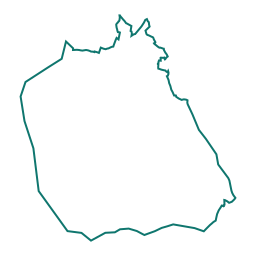 Ilorin West, Kwara, Nigeria
{"feature_id": "59680162B83241100924072", "entity_name": "Ilorin West", "entity_type": "district", "adm_level": 2, "iso_a3": "NGA", "parent_name": "Nigeria", "parent_adm1": "Kwara", "projection": "equal_earth", "projection_center": [4.537, 8.465], "detail": "fine", "context": "isolated", "style": "outline", "palette": "teal", "viewbox_px": 256, "rotation_deg": 0, "n_neighbors": 0, "source": "geoboundaries", "source_scale": "gbopen_adm2", "svg_char_len": 2722}
<svg xmlns="http://www.w3.org/2000/svg" viewBox="0 0 256 256"><path d="M146.9,19.1L145.3,19.9L143.9,22.7L141.5,26.4L135.2,34.0L133.6,34.4L131.5,35.8L131.9,33.8L131.5,31.5L130.6,31.0L131.4,26.0L126.7,23.4L126.1,23.2L124.6,21.1L123.7,20.1L123.1,19.5L121.9,18.0L120.5,16.4L119.9,15.4L119.5,15.4L119.8,17.5L119.6,19.0L119.4,20.5L118.9,21.3L118.5,21.4L118.0,22.3L117.4,23.0L116.9,23.4L116.6,23.8L116.2,24.7L116.6,27.6L117.2,29.6L117.4,30.8L117.9,32.1L119.0,32.2L119.9,32.5L118.5,39.4L116.6,37.9L115.7,39.9L114.8,42.3L113.8,45.0L113.3,46.6L112.5,46.7L111.6,46.9L109.9,47.7L108.5,48.4L107.2,48.6L105.7,49.2L103.5,48.7L100.8,47.6L98.9,52.9L96.8,52.1L94.6,51.5L94.4,52.1L93.0,51.7L91.7,51.6L91.1,51.6L89.9,51.0L88.2,50.4L86.8,50.1L86.0,50.0L82.4,50.6L80.4,50.3L79.1,50.0L76.9,49.8L73.0,50.0L73.1,48.3L66.0,41.5L61.7,58.8L48.2,67.3L25.5,82.0L20.6,96.5L24.5,121.1L33.4,148.3L38.7,191.1L67.5,231.1L81.5,232.9L91.0,240.6L105.3,232.8L114.9,232.3L120.0,229.3L128.7,228.6L136.8,231.0L144.3,235.0L154.8,231.2L161.7,227.9L167.6,226.2L173.2,224.4L194.6,228.1L203.8,231.3L206.5,228.5L208.0,227.0L210.0,225.0L212.0,223.3L213.2,222.2L213.5,222.0L213.9,221.7L215.7,220.6L216.3,217.7L217.1,214.1L218.7,210.4L221.1,206.7L221.7,205.6L222.4,205.8L223.6,206.3L223.9,206.1L223.8,205.0L224.5,204.7L224.3,200.0L225.2,200.2L226.6,201.0L227.4,201.4L228.7,202.5L229.1,202.8L231.8,201.8L233.7,200.0L234.8,198.8L235.4,197.9L233.4,195.2L232.2,192.9L231.4,190.5L229.4,180.6L228.3,178.1L218.2,164.5L216.4,154.3L205.9,138.9L198.9,129.9L192.5,114.5L191.1,111.5L187.7,104.3L187.3,102.7L187.5,100.3L186.3,99.7L184.5,99.4L183.4,99.4L181.7,99.9L178.7,98.5L176.2,96.8L175.9,95.5L175.2,95.4L174.4,95.5L174.1,95.5L174.0,95.3L173.6,94.4L173.2,93.4L172.6,92.1L172.3,91.5L172.1,91.1L171.3,89.7L170.8,87.7L170.3,85.8L169.2,83.2L168.6,80.2L168.3,79.4L166.9,76.2L167.9,75.6L168.0,75.1L168.4,74.2L168.5,72.5L168.1,71.1L167.5,72.3L166.2,71.5L165.4,70.5L164.2,70.3L161.6,69.7L159.0,68.8L158.3,68.6L158.2,67.6L158.2,66.6L158.3,65.8L158.3,64.9L158.3,64.6L158.3,64.2L158.2,64.2L157.9,64.1L157.9,63.8L158.4,63.7L158.4,63.2L158.5,62.7L158.4,62.4L158.7,61.2L159.1,60.4L160.7,60.7L160.7,60.2L160.7,59.4L160.6,58.5L160.6,57.9L161.3,57.8L161.3,57.7L162.3,57.8L163.4,57.8L164.3,57.6L164.7,59.1L164.9,59.4L165.3,59.1L166.0,58.0L167.1,56.9L167.7,56.5L167.6,56.2L167.2,55.5L166.8,54.6L165.9,53.3L165.3,52.6L164.7,51.4L164.0,50.2L163.8,48.7L163.0,48.6L162.1,48.2L160.2,47.6L159.5,47.7L159.2,47.6L157.6,46.5L156.2,45.3L154.4,43.9L154.0,43.3L155.2,42.6L155.4,42.2L153.9,39.5L153.2,37.6L152.6,37.1L151.7,36.8L150.1,36.0L148.6,35.3L147.3,34.9L146.4,33.9L146.1,32.7L145.5,30.6L149.6,26.6L149.1,24.8L148.9,22.8L148.6,21.9L147.8,21.3L146.9,19.1Z" fill="none" stroke="#0f766e" stroke-width="2"/></svg>